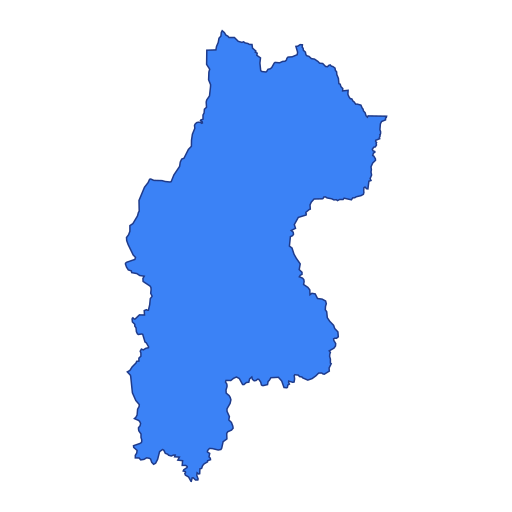 outline of Puriscal, San José, Costa Rica
{"feature_id": "36466004B36005628367911", "entity_name": "Puriscal", "entity_type": "district", "adm_level": 2, "iso_a3": "CRI", "parent_name": "Costa Rica", "parent_adm1": "San José", "projection": "natural_earth1", "projection_center": [-84.357, 9.734], "detail": "fine", "context": "isolated", "style": "filled", "palette": "blue", "viewbox_px": 512, "rotation_deg": 0, "n_neighbors": 0, "source": "geoboundaries", "source_scale": "gbopen_adm2", "svg_char_len": 6043}
<svg xmlns="http://www.w3.org/2000/svg" viewBox="0 0 512 512"><path d="M375.5,160.3L375.4,158.8L373.8,156.1L372.7,155.5L373.4,153.1L374.8,152.3L374.8,151.5L373.0,150.8L372.3,149.2L373.8,147.2L375.3,146.9L376.5,145.0L376.1,143.5L376.6,142.6L375.6,141.4L375.7,140.3L379.7,138.7L379.3,137.7L380.1,136.0L379.8,134.8L380.2,134.7L380.6,133.4L380.6,131.6L379.9,129.7L380.4,123.8L381.6,121.5L385.5,119.9L385.6,117.9L386.3,117.5L386.6,116.2L368.1,115.9L367.4,117.2L366.0,115.7L365.1,112.7L363.5,111.0L363.0,109.0L362.2,108.1L360.9,105.1L357.2,104.1L355.7,104.2L354.2,102.0L352.9,101.0L351.8,98.9L350.3,98.7L348.9,96.7L347.9,94.3L348.1,90.3L342.6,90.9L342.8,88.6L340.9,86.6L340.2,84.2L338.9,83.6L338.4,78.4L336.8,74.5L336.6,71.8L335.4,70.4L335.0,68.1L332.8,66.5L331.4,66.2L330.2,64.9L328.7,65.4L327.5,66.7L325.6,66.5L322.7,63.5L319.6,63.2L318.0,61.5L314.5,59.1L311.4,58.6L309.0,56.4L306.9,55.8L305.9,54.7L305.4,52.1L303.4,50.3L303.1,48.2L302.2,47.3L302.4,44.8L300.2,44.6L297.7,46.2L295.9,46.4L297.6,52.2L297.2,54.7L292.2,56.8L288.0,57.1L286.9,58.3L286.4,60.1L284.9,61.3L282.7,61.4L279.6,62.8L275.1,62.4L274.2,63.1L271.7,67.6L270.2,68.8L268.0,69.3L266.7,71.4L265.9,72.0L261.8,71.5L260.7,70.6L259.9,63.1L260.5,57.9L256.8,55.3L257.2,53.2L255.3,52.2L255.9,51.1L252.5,48.1L252.0,44.5L249.3,44.4L247.9,43.5L245.0,42.9L243.6,41.8L241.9,42.4L238.2,41.3L234.4,37.5L229.0,37.5L227.9,36.2L225.8,35.0L224.4,32.6L222.2,30.7L221.3,32.4L220.9,36.1L219.0,38.2L218.2,42.5L216.5,46.5L215.9,49.9L206.8,50.2L206.6,64.4L209.7,69.2L208.9,72.0L208.6,79.8L210.6,84.7L210.5,86.9L209.5,95.9L206.7,100.0L206.2,102.0L206.5,107.3L204.4,109.2L204.1,113.0L203.0,115.0L203.0,119.2L200.9,119.9L200.5,120.5L202.2,121.7L202.4,123.0L201.6,123.3L200.5,122.4L198.4,122.2L196.7,122.6L195.2,124.0L194.5,125.4L194.8,128.3L192.4,134.2L191.5,140.2L191.4,146.3L188.4,149.4L184.0,158.2L181.7,159.1L180.3,162.0L179.6,166.4L173.9,174.9L171.2,181.6L170.0,182.0L165.1,181.5L162.0,180.6L153.9,180.4L150.7,179.0L149.6,179.3L148.1,182.6L144.5,187.2L139.0,200.4L139.2,211.2L138.4,212.5L137.5,215.9L132.9,223.6L129.9,225.6L129.9,231.3L128.5,234.9L126.5,237.5L126.7,240.6L128.1,244.5L133.2,255.0L135.5,257.4L134.9,259.4L126.8,262.2L125.6,263.1L125.4,263.9L126.5,267.1L128.3,269.9L131.3,270.9L131.7,272.6L136.9,273.6L139.7,275.5L144.2,276.2L142.9,278.5L143.1,281.5L150.0,286.0L150.9,287.4L151.1,289.6L150.7,293.3L152.0,295.9L152.0,296.5L150.3,298.6L149.7,304.7L148.4,310.2L147.6,310.3L146.4,309.7L144.2,310.6L144.5,315.0L139.4,314.9L135.1,319.0L134.3,319.1L132.9,317.8L132.3,318.3L132.1,319.2L132.4,321.9L134.8,324.3L134.8,326.2L136.0,327.8L136.4,331.7L137.4,333.8L138.3,334.5L141.5,334.0L142.7,334.3L145.0,342.0L146.3,342.8L148.6,346.8L148.5,347.7L145.8,348.3L143.3,349.9L141.4,349.1L140.2,351.2L140.9,353.0L140.9,356.2L138.9,358.1L138.9,361.1L136.7,361.3L136.0,363.0L132.2,366.8L129.9,370.4L127.3,371.9L130.4,375.2L130.7,376.4L132.4,392.8L135.8,400.5L139.3,404.6L139.1,406.5L137.6,409.2L137.1,415.0L135.9,417.2L134.4,418.6L138.3,420.3L139.5,421.2L140.6,423.4L140.1,425.7L138.5,427.7L138.5,429.0L138.8,430.8L141.0,434.0L141.0,437.5L141.7,439.6L141.7,441.5L141.4,442.5L140.1,443.4L133.5,445.7L133.7,447.4L137.1,450.4L136.7,453.1L135.3,455.3L135.3,457.9L139.1,458.0L140.7,459.9L143.9,459.4L146.7,457.8L149.4,458.3L150.6,459.1L151.7,462.3L153.6,464.3L155.6,463.2L157.6,459.4L159.6,451.6L162.6,449.5L163.8,450.2L165.3,453.3L167.8,454.3L168.5,455.2L171.3,456.0L173.3,455.1L175.2,455.1L174.6,456.8L179.4,457.1L177.8,460.1L182.6,460.7L182.2,465.4L185.7,465.4L187.2,466.5L187.1,467.5L183.8,469.7L183.2,471.0L185.4,471.6L185.5,472.7L184.8,473.5L185.4,475.1L188.6,477.0L190.9,481.2L191.3,481.3L192.2,477.8L193.3,477.8L195.5,480.0L197.8,480.0L198.1,478.9L196.8,475.5L197.1,472.8L198.7,474.0L199.7,473.7L199.9,468.8L201.6,468.4L202.6,465.6L204.2,463.8L207.5,461.9L207.6,460.7L210.5,459.7L210.3,458.2L209.0,456.9L209.7,453.4L207.5,452.1L207.4,451.1L208.3,449.6L209.6,448.4L212.5,448.6L218.2,450.0L220.9,449.5L221.7,448.2L223.1,441.7L226.9,438.9L226.7,433.4L227.8,431.7L231.5,430.1L233.1,428.2L232.8,426.1L231.4,422.4L228.8,419.9L229.4,416.6L227.0,411.3L227.0,408.8L230.1,403.4L230.9,399.8L230.2,397.4L229.2,395.7L226.2,393.1L226.0,390.0L227.0,386.7L227.0,385.1L226.7,383.8L225.5,382.1L226.0,380.4L230.8,380.5L233.4,378.4L236.4,377.0L239.3,378.5L242.6,384.5L243.9,384.6L246.4,382.5L248.8,382.2L249.6,378.9L251.8,377.0L252.4,379.3L254.2,380.8L256.0,380.5L257.5,379.2L258.8,379.3L260.7,382.1L261.4,384.9L262.2,385.5L263.3,385.6L267.5,384.6L268.1,381.5L269.3,380.3L270.9,377.7L278.4,377.3L281.7,381.0L284.0,387.5L286.7,387.8L287.4,387.4L287.8,385.1L289.4,384.1L288.6,382.5L288.7,381.1L292.8,382.3L294.1,382.0L294.6,378.9L294.2,375.6L294.8,374.7L298.2,375.1L299.6,376.6L301.8,376.9L302.7,377.9L307.8,380.1L312.1,378.6L315.8,375.9L318.6,373.1L321.7,373.0L322.9,373.9L324.3,374.2L329.3,371.1L329.1,368.0L331.2,363.7L330.4,363.1L330.4,359.1L329.6,356.4L329.8,354.0L330.4,352.4L329.2,350.9L334.0,348.1L335.5,346.0L335.7,343.6L333.8,340.4L333.6,338.8L334.8,338.2L336.5,338.3L338.3,336.8L337.9,331.9L334.7,328.5L333.6,325.3L329.8,321.4L327.3,317.7L326.7,311.7L325.3,309.8L325.5,306.4L326.3,303.7L325.6,301.0L322.1,299.1L317.5,298.5L315.2,293.9L311.9,293.3L310.0,294.7L309.8,289.9L307.9,287.4L303.6,284.5L304.1,281.6L303.8,279.6L302.5,278.1L299.3,276.8L300.3,275.2L302.0,274.4L302.0,272.3L299.2,269.6L300.2,263.9L296.3,258.3L294.0,254.2L292.0,248.0L289.4,246.1L290.4,236.6L292.5,235.7L293.5,234.3L293.2,232.2L291.2,230.5L295.5,228.3L294.3,224.6L298.3,217.4L306.1,215.0L306.3,213.9L305.8,213.1L305.9,212.3L309.1,209.6L310.3,209.1L310.0,204.9L311.3,202.1L314.1,199.0L322.4,198.8L323.0,198.5L323.9,197.0L325.5,196.9L327.0,197.9L331.7,198.8L333.9,199.9L336.4,199.7L337.5,200.6L339.6,199.5L343.1,199.5L344.1,198.2L351.4,199.8L352.7,197.9L354.8,197.7L356.2,196.8L361.1,195.6L363.4,194.3L363.9,192.4L363.7,190.8L363.9,187.8L364.5,187.2L365.4,187.2L366.4,188.7L367.9,188.9L368.9,181.2L371.0,180.5L370.1,178.6L371.6,175.0L371.0,172.0L371.4,169.7L371.0,166.8L372.7,163.0L375.5,160.3Z" fill="#3b82f6" stroke="#1e3a8a" stroke-width="1.5"/></svg>